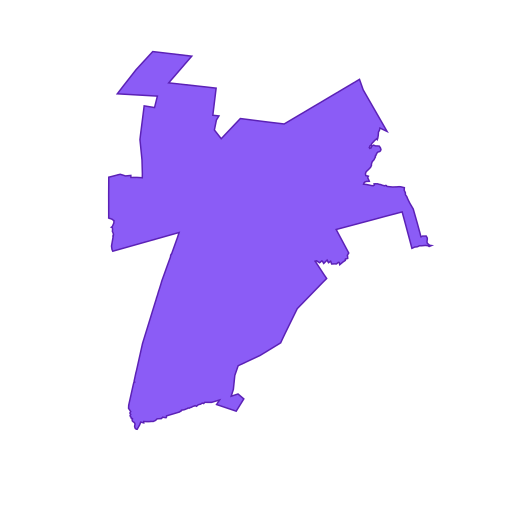 the district of Cárdenas, San Luis Potosí, Mexico, rotated 102°
{"feature_id": "50627088B72353439834550", "entity_name": "Cárdenas", "entity_type": "district", "adm_level": 2, "iso_a3": "MEX", "parent_name": "Mexico", "parent_adm1": "San Luis Potosí", "projection": "mercator", "projection_center": [-99.651, 22.008], "detail": "fine", "context": "isolated", "style": "filled", "palette": "violet", "viewbox_px": 512, "rotation_deg": 102, "n_neighbors": 0, "source": "geoboundaries", "source_scale": "gbopen_adm2", "svg_char_len": 4728}
<svg xmlns="http://www.w3.org/2000/svg" viewBox="0 0 512 512"><g transform="rotate(102 256 256)"><path d="M125.2,418.9L120.1,385.7L131.9,386.1L132.4,396.6L161.1,394.2L166.3,393.7L185.7,387.5L199.4,384.2L203.1,383.5L203.9,388.9L205.2,394.7L203.2,395.2L204.8,400.2L204.8,400.7L204.5,403.3L204.3,405.8L205.5,408.4L205.6,408.5L208.4,414.1L209.5,416.4L227.9,412.6L234.8,411.1L239.1,410.2L242.8,409.4L248.4,408.2L249.5,408.0L249.7,407.4L249.7,407.0L249.7,406.1L249.8,405.6L250.0,404.3L250.1,404.1L250.9,402.7L250.9,402.3L253.3,401.9L257.1,402.7L257.9,403.4L258.0,402.7L258.3,402.3L260.0,401.8L261.8,401.6L262.4,401.1L264.3,399.9L265.8,400.1L265.7,399.8L276.4,399.4L279.6,398.2L281.1,397.1L249.0,336.1L254.5,336.7L270.8,338.9L271.9,339.1L272.0,339.4L272.3,339.5L272.8,339.5L273.7,339.6L274.0,339.5L274.4,339.5L274.7,339.5L275.0,339.5L285.6,341.0L291.6,341.8L300.3,343.0L302.1,343.1L304.5,343.3L307.8,343.6L309.6,343.8L311.4,344.0L312.8,344.1L314.4,344.2L316.4,344.4L316.7,344.5L318.0,344.6L319.8,344.7L321.7,344.9L335.0,346.1L337.4,346.3L365.1,348.8L393.8,349.1L394.8,349.2L403.1,349.2L403.7,349.2L404.5,348.5L404.9,349.2L405.3,349.2L407.0,349.3L428.4,349.5L431.5,349.0L434.2,346.2L435.8,346.7L436.4,346.3L437.0,345.6L438.3,346.0L439.4,345.3L439.7,344.6L440.2,344.4L440.6,344.3L440.7,343.2L441.0,342.9L441.5,343.1L441.8,343.2L442.5,342.9L443.0,342.7L443.5,342.0L443.7,341.6L443.9,341.0L444.3,340.4L444.7,339.9L444.9,339.8L445.6,339.4L446.8,339.4L447.9,339.3L448.6,339.0L449.8,338.2L450.1,337.5L450.3,337.0L450.2,336.2L445.4,334.7L442.4,334.2L442.6,331.1L441.2,331.4L440.8,328.8L440.0,325.1L439.8,325.0L439.2,322.1L437.7,320.1L435.8,318.8L434.7,314.7L433.1,313.8L432.9,310.4L432.2,310.1L431.0,310.3L424.5,298.4L424.2,298.4L423.4,297.1L422.7,297.1L422.3,296.8L421.8,295.5L421.4,294.5L420.9,293.6L420.5,293.0L420.1,292.5L419.8,291.9L419.6,291.6L419.2,291.3L418.9,290.8L418.7,290.2L418.7,289.8L418.6,289.5L418.3,289.2L418.0,289.0L417.8,288.5L417.2,287.4L416.9,287.2L416.5,286.8L416.1,286.2L415.9,285.7L415.8,285.4L415.7,285.3L415.5,285.2L415.3,285.0L415.2,284.8L415.1,284.6L415.0,284.0L415.1,283.8L415.3,283.5L415.4,283.0L415.2,282.8L414.9,282.6L414.2,282.1L413.5,281.5L413.3,281.2L413.0,280.6L412.6,279.6L412.3,279.2L411.4,278.4L411.0,277.5L411.2,276.5L409.8,275.7L408.4,269.0L404.4,261.7L409.5,263.7L411.9,243.1L398.3,238.2L394.7,244.9L398.3,251.1L395.3,250.8L391.2,250.4L377.2,251.9L369.2,250.9L368.8,250.9L367.0,250.6L352.3,231.2L335.8,213.8L335.7,213.8L330.9,212.7L325.5,211.4L298.9,204.7L295.4,202.5L268.4,185.5L263.3,182.2L260.1,185.6L249.5,196.3L248.8,197.1L248.1,195.8L249.4,192.4L248.9,192.0L247.2,190.7L247.3,189.9L249.2,188.2L245.2,185.6L247.5,183.7L245.6,181.9L248.1,180.3L247.4,177.7L247.0,175.6L245.1,174.2L245.0,173.3L247.1,172.3L243.7,169.6L241.7,167.7L240.9,168.0L240.6,168.0L240.2,167.7L240.0,167.0L239.3,165.8L237.8,166.2L236.3,166.8L233.8,165.9L213.4,183.1L196.2,149.2L190.8,138.7L184.0,125.2L182.5,122.2L194.8,115.9L201.3,112.6L210.1,108.1L216.1,105.1L215.4,104.1L214.3,102.7L213.7,100.9L213.3,99.9L212.6,99.0L212.0,98.2L211.6,96.2L210.5,92.7L210.3,91.1L210.2,89.9L210.7,88.6L209.3,86.6L209.4,88.4L207.9,91.1L206.8,91.6L205.9,91.8L204.1,91.9L203.7,92.0L202.8,92.2L201.1,93.7L201.9,97.3L203.0,98.6L202.8,98.8L200.4,99.9L190.5,105.0L177.3,112.0L172.3,116.6L168.6,119.5L166.5,120.9L165.1,122.5L163.0,123.1L160.9,124.7L158.3,125.1L158.2,129.0L158.5,130.7L159.2,133.0L159.7,135.1L160.1,136.6L160.7,142.2L160.4,142.9L160.0,143.1L160.0,143.8L160.6,144.9L160.5,147.2L160.2,148.9L160.3,150.6L160.1,152.0L160.5,154.1L160.9,155.5L162.0,155.0L162.9,155.9L163.1,157.6L163.1,163.1L163.4,165.7L161.9,165.5L160.9,164.8L160.1,163.5L159.4,160.7L158.6,161.2L157.4,162.1L156.4,162.9L155.3,163.0L154.6,162.7L154.5,163.3L154.6,164.7L154.5,165.4L153.7,165.7L152.8,166.0L151.4,166.0L150.1,165.4L148.1,164.0L145.5,162.4L143.4,161.9L142.1,162.2L140.0,162.0L138.8,161.5L137.5,160.7L136.6,160.4L135.9,160.3L134.9,159.9L134.2,159.8L133.6,160.1L133.1,160.0L132.7,159.6L132.0,159.6L131.4,159.5L130.9,159.2L130.4,159.2L130.1,159.1L129.5,158.7L128.9,158.3L128.1,156.7L127.2,156.1L125.9,155.9L124.3,156.8L122.9,158.3L123.1,160.2L123.5,162.0L123.1,164.0L124.0,165.0L124.6,165.7L126.2,165.8L127.1,167.1L126.3,167.8L125.6,167.5L124.8,167.5L124.3,167.2L123.6,166.4L122.2,166.2L120.8,165.5L119.9,164.8L118.5,164.1L117.6,163.4L116.2,162.3L116.9,161.6L115.6,161.4L112.6,161.5L109.3,162.0L107.5,161.4L105.1,161.4L106.9,153.7L77.8,179.8L71.2,185.7L61.7,191.5L121.0,255.9L122.5,272.3L123.8,287.8L124.0,290.3L124.0,290.5L124.8,299.9L148.5,314.4L141.4,322.9L131.3,323.0L126.7,321.4L127.3,327.5L100.1,329.9L101.0,339.5L104.8,377.4L73.9,360.4L77.5,399.5L98.6,412.0L117.2,421.1L126.2,425.4L125.2,418.9Z" fill="#8b5cf6" stroke="#5b21b6" stroke-width="1.5"/></g></svg>